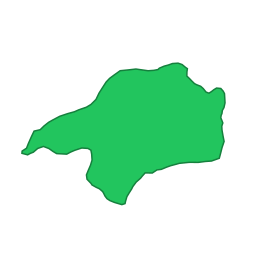 Balakan District, Balakən, Azerbaijan (Natural Earth projection), rotated 195°
{"feature_id": "54616110B63924922129682", "entity_name": "Balakan District", "entity_type": "district", "adm_level": 2, "iso_a3": "AZE", "parent_name": "Azerbaijan", "parent_adm1": "Balakən", "projection": "natural_earth1", "projection_center": [46.439, 41.744], "detail": "fine", "context": "isolated", "style": "filled", "palette": "green", "viewbox_px": 256, "rotation_deg": 195, "n_neighbors": 0, "source": "geoboundaries", "source_scale": "gbopen_adm2", "svg_char_len": 1560}
<svg xmlns="http://www.w3.org/2000/svg" viewBox="0 0 256 256"><g transform="rotate(195 128 128)"><path d="M224.3,78.3L223.9,76.1L218.0,76.1L215.8,78.2L213.2,80.1L209.9,84.9L204.9,88.3L199.1,87.7L194.2,85.9L190.3,84.8L180.4,86.9L177.3,89.8L173.5,92.8L167.5,96.7L161.4,97.9L158.1,97.0L156.3,93.3L154.4,87.7L154.6,82.2L155.4,76.8L156.0,71.9L154.3,67.9L149.2,64.8L148.1,63.7L143.4,62.5L139.9,61.9L136.0,60.0L134.4,58.4L132.7,56.4L130.0,54.3L126.7,53.2L121.7,52.6L114.1,52.4L111.3,54.2L111.4,56.8L111.3,61.4L110.1,65.6L108.7,70.0L108.2,72.6L106.1,77.9L102.9,82.7L101.8,85.2L99.8,89.1L92.9,90.8L89.2,95.0L85.1,96.7L80.7,100.1L77.1,102.6L72.4,105.3L69.2,107.2L60.2,110.6L57.7,111.3L51.4,112.9L44.6,115.7L38.8,117.7L32.0,122.4L32.0,127.2L32.1,133.4L31.7,139.9L34.1,144.8L36.7,150.4L37.9,154.1L37.7,157.4L39.5,159.9L41.0,161.8L41.3,164.4L41.0,166.2L41.4,169.4L40.6,172.5L40.8,177.4L42.2,181.7L43.7,186.2L45.7,188.3L48.6,190.2L52.8,189.5L55.0,187.2L56.7,184.9L58.8,182.6L61.9,182.9L65.6,185.6L68.6,187.1L73.1,187.6L75.3,188.1L78.5,189.9L81.3,191.6L84.6,193.4L85.6,197.4L86.0,200.7L87.8,201.3L92.2,203.3L96.4,203.6L101.7,201.8L105.3,199.3L109.1,197.1L113.2,193.9L114.2,192.2L117.9,190.4L123.4,188.5L135.6,187.0L141.2,184.8L142.7,184.2L150.4,181.3L153.1,178.0L155.1,175.6L158.6,171.2L161.0,166.8L163.0,160.6L165.0,154.2L166.3,147.3L169.9,141.1L173.6,137.3L180.0,133.0L184.0,129.8L190.1,126.2L196.9,121.7L202.3,116.7L206.1,113.0L209.6,108.3L212.4,103.6L217.9,100.7L219.0,94.9L220.2,87.3L220.8,82.2L224.3,78.3Z" fill="#22c55e" stroke="#15803d" stroke-width="1.5"/></g></svg>